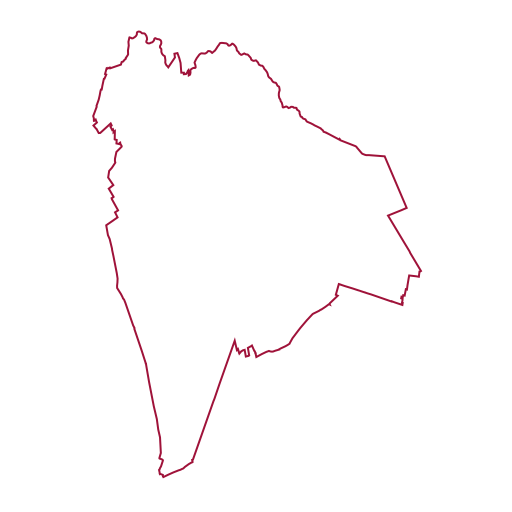 the district of Achtkarspelen, Friesland, Netherlands, rotated 271°
{"feature_id": "6326949B91154833232060", "entity_name": "Achtkarspelen", "entity_type": "district", "adm_level": 2, "iso_a3": "NLD", "parent_name": "Netherlands", "parent_adm1": "Friesland", "projection": "robinson", "projection_center": [6.159, 53.208], "detail": "fine", "context": "isolated", "style": "outline", "palette": "rose", "viewbox_px": 512, "rotation_deg": 271, "n_neighbors": 0, "source": "geoboundaries", "source_scale": "gbopen_adm2", "svg_char_len": 6031}
<svg xmlns="http://www.w3.org/2000/svg" viewBox="0 0 512 512"><g transform="rotate(271 256 256)"><path d="M209.6,403.2L211.7,403.5L211.9,402.8L214.0,403.2L215.7,403.3L216.2,401.9L217.9,402.2L217.6,403.5L219.4,403.9L219.0,405.3L225.4,406.4L225.1,407.5L229.5,408.0L235.5,408.9L239.2,409.5L238.5,416.6L238.1,419.2L243.2,419.7L243.2,420.2L243.9,421.2L261.8,410.1L263.2,409.5L272.1,403.9L298.7,387.3L304.3,400.5L306.7,405.8L357.9,382.9L358.8,367.6L358.8,364.3L359.1,363.1L360.0,360.7L360.4,360.1L366.3,354.9L366.8,354.6L367.5,353.7L373.2,338.3L374.0,338.0L374.4,337.6L374.1,337.5L373.9,337.1L380.3,324.5L380.2,324.5L380.9,323.0L381.4,321.4L382.3,321.0L383.0,320.4L384.0,319.1L384.7,318.5L386.4,315.0L387.7,312.1L388.3,311.2L389.6,308.6L390.9,305.4L391.2,304.7L391.9,304.0L393.4,303.1L393.6,302.7L393.9,301.7L394.3,300.7L394.9,300.0L395.7,299.6L396.0,298.7L396.3,298.2L399.2,297.1L400.8,297.0L401.3,296.8L402.0,296.1L403.1,294.4L403.5,294.2L404.4,294.1L404.8,293.7L404.9,292.6L404.9,291.4L405.1,291.0L405.7,290.3L405.8,288.8L405.7,288.3L405.0,287.5L404.5,286.0L405.7,284.5L406.0,283.7L405.9,283.1L405.4,282.0L405.1,281.0L405.0,280.5L405.1,280.3L405.6,280.0L407.0,279.9L409.9,279.0L411.2,278.0L412.8,277.6L414.5,276.5L416.9,276.0L418.9,276.0L420.2,276.2L421.9,276.7L423.0,276.7L425.4,276.2L425.9,275.8L426.4,274.8L426.8,274.4L428.6,273.5L429.5,272.8L429.6,272.4L429.8,271.2L430.4,270.0L431.2,269.3L433.4,267.9L434.6,266.2L435.2,265.6L436.3,265.0L438.0,264.6L439.8,263.9L442.0,262.3L443.2,261.1L445.3,260.0L446.3,259.0L446.5,257.4L447.4,255.6L449.5,254.6L451.6,252.6L451.6,252.3L451.2,251.0L451.1,249.9L452.0,248.1L452.4,247.8L454.1,247.2L456.7,244.8L457.2,244.2L457.3,243.9L457.4,242.5L458.3,240.7L456.9,238.1L456.9,237.6L457.1,237.3L458.3,235.7L459.7,234.9L461.0,233.5L461.3,233.3L463.5,232.8L465.0,232.0L466.9,230.3L467.8,229.0L467.9,228.7L467.8,228.3L467.0,227.6L466.4,226.8L466.0,226.1L465.8,225.3L466.1,224.6L467.4,223.8L468.1,222.5L468.5,218.2L468.3,216.6L468.0,216.1L466.8,215.5L464.8,214.0L462.6,212.7L460.7,211.4L458.3,208.6L458.5,208.2L459.4,207.4L459.8,206.8L460.0,206.0L460.1,205.0L460.0,204.5L458.6,203.3L457.7,202.0L457.5,201.2L457.7,198.0L457.5,197.4L457.0,196.6L456.3,195.8L452.8,193.3L450.7,192.2L448.4,191.2L447.9,191.3L445.7,192.1L444.2,192.3L443.4,192.3L442.9,191.7L443.0,190.5L442.8,189.8L442.0,188.4L441.2,187.5L440.4,187.1L438.4,187.3L436.9,187.1L436.1,186.8L435.4,185.6L440.5,185.1L439.9,184.6L438.6,184.2L436.7,182.8L436.5,180.7L438.0,180.7L438.0,178.1L447.7,177.2L452.6,175.8L457.5,173.9L456.8,170.9L453.1,171.5L443.1,165.0L444.3,164.1L444.9,163.3L446.6,162.3L447.9,161.9L450.2,162.0L453.9,161.4L454.4,161.1L454.8,160.2L455.3,159.6L456.5,158.6L457.6,158.1L458.6,157.8L460.3,157.8L461.2,157.7L461.7,157.4L462.4,156.7L463.2,156.3L464.3,156.4L465.8,157.2L467.1,157.6L468.6,157.5L469.3,157.3L470.1,156.8L470.9,155.5L471.2,153.4L471.6,152.3L472.0,151.8L471.9,151.1L471.7,150.9L471.2,150.5L469.9,150.3L468.8,149.5L468.1,148.8L467.7,148.2L467.4,147.1L466.8,146.0L466.7,145.3L466.8,144.2L467.4,143.1L468.0,142.6L468.8,142.6L470.7,143.3L472.5,143.1L474.2,142.5L476.0,141.3L476.4,140.8L476.6,140.4L476.7,138.2L477.9,136.7L478.2,136.1L478.4,134.9L478.0,133.7L477.7,133.3L477.3,133.1L476.6,133.0L475.5,133.0L475.0,132.8L473.8,132.1L472.7,130.9L471.5,129.0L471.5,127.8L471.9,127.4L472.1,126.2L472.4,125.9L472.3,125.6L467.9,124.7L464.1,125.1L459.3,124.4L455.4,124.6L454.5,124.2L451.6,122.3L451.0,122.4L449.4,120.7L448.2,119.9L447.6,118.3L445.0,117.6L441.1,106.9L441.9,106.6L441.8,106.2L440.6,103.9L441.3,103.6L441.2,103.4L435.3,101.9L434.8,103.1L430.6,101.4L430.5,100.8L423.4,99.4L420.7,99.0L419.8,98.8L419.9,98.3L419.2,98.0L419.2,97.9L418.1,97.6L413.8,96.9L409.6,96.0L403.3,93.9L402.4,94.1L395.9,91.8L393.1,90.8L390.7,91.5L389.5,91.5L388.3,91.6L388.3,91.8L389.6,93.3L388.0,93.9L386.7,94.6L383.6,91.2L380.4,94.0L380.3,94.3L376.2,96.6L376.3,98.1L386.0,108.4L384.0,109.4L382.8,108.2L379.5,110.0L380.2,110.8L378.7,111.4L377.2,111.4L378.3,112.7L371.8,112.7L370.3,112.6L370.1,112.7L369.6,114.7L366.1,114.5L365.4,117.8L366.8,117.8L367.0,118.2L366.2,118.3L365.5,118.6L363.5,119.8L362.9,119.7L357.6,114.6L350.8,113.3L348.5,113.3L346.9,113.7L346.5,113.4L346.4,113.4L341.7,110.4L338.5,107.7L331.9,106.8L324.4,112.1L320.8,107.6L312.6,112.6L312.4,112.5L311.3,110.6L310.3,110.9L299.4,117.2L299.2,117.3L297.2,114.3L292.2,116.9L284.1,105.7L274.3,107.6L270.4,109.4L260.8,111.9L259.7,112.0L253.2,113.5L236.4,117.1L231.0,118.0L227.0,117.9L223.9,117.6L221.6,117.7L215.5,121.7L212.3,123.4L211.2,123.8L210.2,124.8L206.9,126.2L184.4,134.4L181.8,135.8L181.1,135.6L159.0,143.5L147.2,147.5L146.7,147.8L146.4,147.7L146.2,147.9L144.4,148.2L128.1,151.3L104.1,156.4L91.2,159.7L80.7,161.3L73.0,163.2L57.4,164.3L52.2,162.9L51.9,163.0L51.7,163.3L51.4,164.4L50.9,165.7L50.3,166.4L49.9,166.5L44.0,164.7L42.0,163.6L40.8,163.3L40.4,162.8L37.9,163.4L36.8,163.5L36.6,163.9L36.3,163.9L36.4,164.2L35.5,166.7L33.9,166.8L33.8,167.7L33.6,167.7L36.0,172.5L38.2,177.2L40.4,182.5L40.9,184.1L41.7,185.6L42.1,186.6L42.4,187.1L43.9,188.6L46.8,192.5L48.3,195.0L48.6,195.8L48.9,196.2L51.0,195.7L51.3,196.5L110.4,216.1L110.8,216.3L112.7,217.0L128.0,221.9L170.9,236.2L161.4,238.6L161.6,238.9L161.7,239.1L162.7,238.9L163.0,239.5L161.5,240.0L158.6,240.8L158.5,241.0L158.2,241.1L160.4,242.9L160.9,243.7L161.7,245.0L161.6,245.7L161.9,246.3L155.3,247.6L156.0,250.3L156.4,250.4L156.6,250.9L164.0,249.5L165.9,252.9L166.4,253.5L161.2,255.9L161.2,256.1L159.0,257.3L158.8,257.0L157.9,257.4L155.0,258.1L158.1,263.6L160.4,268.2L160.8,269.4L161.2,270.3L161.3,270.6L160.9,271.7L160.7,272.8L160.7,274.5L161.7,277.1L162.6,280.0L162.7,280.3L162.8,280.2L163.9,282.1L166.3,287.0L167.6,289.2L168.9,291.1L169.7,291.4L174.4,293.9L181.4,299.0L185.0,301.7L192.7,308.0L198.8,313.5L199.5,314.5L199.6,314.8L201.2,317.9L202.4,320.2L203.4,321.5L203.5,322.1L206.4,326.3L209.1,329.8L208.8,330.5L209.0,330.4L210.1,330.7L217.7,338.4L218.6,336.5L229.4,339.3L227.5,345.3L225.2,353.3L220.5,368.5L219.6,371.7L212.8,392.5L213.1,392.6L212.1,395.3L209.6,403.2Z" fill="none" stroke="#9f1239" stroke-width="2"/></g></svg>